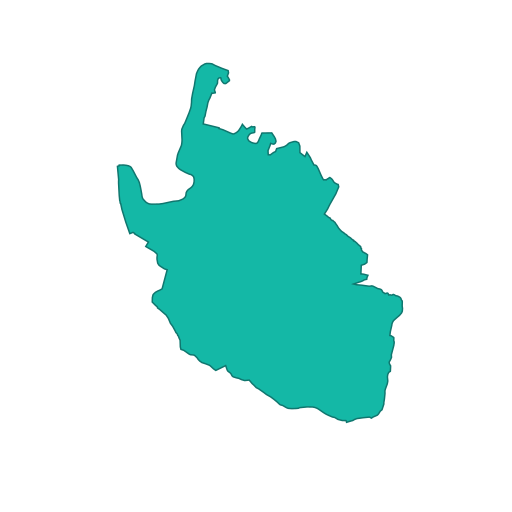 the district of Chetani, Mures, Romania, rotated 155°
{"feature_id": "2599482B57558176240382", "entity_name": "Chetani", "entity_type": "district", "adm_level": 2, "iso_a3": "ROU", "parent_name": "Romania", "parent_adm1": "Mures", "projection": "albers", "projection_center": [23.998, 46.485], "detail": "fine", "context": "isolated", "style": "filled", "palette": "teal", "viewbox_px": 512, "rotation_deg": 155, "n_neighbors": 0, "source": "geoboundaries", "source_scale": "gbopen_adm2", "svg_char_len": 6110}
<svg xmlns="http://www.w3.org/2000/svg" viewBox="0 0 512 512"><g transform="rotate(155 256 256)"><path d="M298.2,338.5L302.7,338.7L307.8,340.5L318.3,342.9L322.1,344.1L328.7,347.1L330.7,348.3L332.0,349.7L333.1,351.5L334.2,355.0L334.4,356.1L334.1,358.2L333.4,360.4L332.3,364.6L331.4,368.2L330.7,371.9L330.6,374.6L331.0,377.9L331.3,385.0L331.7,389.1L332.3,390.3L333.5,391.7L335.1,392.9L337.5,394.4L341.6,396.2L341.9,395.6L343.7,395.8L348.4,382.7L348.7,382.4L349.8,380.0L354.4,368.6L356.1,363.8L356.1,363.2L356.7,361.3L356.7,361.1L356.5,360.8L356.5,360.6L357.8,355.0L358.2,352.3L359.7,341.6L360.9,329.6L357.5,329.4L356.4,327.7L356.6,327.3L356.5,327.1L347.6,314.1L351.9,311.2L346.4,303.3L344.9,299.8L345.0,298.7L346.3,296.6L347.1,294.9L348.1,291.1L348.0,289.8L347.8,288.6L346.9,286.9L345.9,285.4L345.0,283.9L344.3,282.9L342.3,281.1L355.0,265.9L358.1,265.7L359.5,265.8L362.5,265.6L364.9,264.8L365.8,264.3L367.5,262.1L369.5,258.1L367.9,253.6L367.0,251.8L367.0,251.3L367.2,250.6L366.6,249.5L365.9,248.3L363.1,241.9L362.5,240.8L361.9,237.3L361.8,236.2L362.0,231.1L361.4,228.4L361.2,227.0L360.9,222.2L360.9,220.3L360.6,219.8L360.3,218.4L360.5,217.2L360.2,216.4L360.4,213.8L360.4,211.7L363.0,205.6L363.5,203.1L361.3,201.0L358.1,195.4L357.2,194.3L354.8,192.9L354.0,192.3L353.5,191.5L352.4,188.7L352.1,186.7L351.4,184.6L350.1,182.3L347.3,179.7L344.6,176.9L343.9,175.9L342.2,171.7L340.8,169.3L329.8,169.5L330.3,164.9L330.2,163.7L329.6,162.4L329.0,161.4L328.5,160.1L328.4,158.5L328.3,157.3L327.7,156.1L325.3,153.9L323.2,152.3L321.5,150.2L318.9,147.9L314.6,146.4L313.4,142.0L312.5,139.9L311.4,136.6L309.7,134.4L306.6,129.0L305.1,126.1L302.3,122.2L300.5,118.9L298.5,114.7L297.5,112.1L296.9,110.9L295.0,109.3L293.0,106.4L292.0,105.1L291.0,104.2L288.0,102.5L283.7,100.7L281.9,100.1L280.7,100.1L280.2,100.0L273.4,97.6L268.5,95.2L266.8,94.0L265.2,92.4L264.1,90.9L260.9,85.4L259.3,83.0L257.4,80.7L254.8,77.8L252.9,76.4L250.8,73.3L249.0,71.8L247.3,70.4L245.0,69.3L244.0,68.8L243.9,68.4L244.2,67.0L239.4,66.3L237.9,66.0L235.7,66.2L233.2,66.0L227.1,64.1L221.4,62.1L220.8,61.6L220.0,60.3L217.6,60.6L215.0,60.5L213.2,60.5L211.7,61.1L208.9,62.9L206.8,63.4L202.6,67.9L202.3,68.8L201.9,69.4L200.0,72.2L197.2,76.9L196.1,79.4L194.8,80.9L191.1,84.6L189.7,86.5L189.2,87.5L188.0,90.9L186.7,92.9L185.3,94.1L184.6,94.5L183.0,94.7L182.8,95.0L181.1,98.2L180.4,99.6L180.6,101.3L180.5,102.6L180.2,103.4L180.1,103.6L178.0,105.1L176.0,106.9L175.2,109.0L174.9,109.5L169.0,116.6L167.6,118.7L167.1,119.7L166.9,121.1L165.7,123.5L165.6,123.9L165.8,124.3L167.4,126.8L168.3,127.4L166.1,130.8L162.3,135.7L161.3,137.2L159.9,138.5L158.8,139.2L157.8,139.6L154.5,140.6L150.9,141.6L148.1,142.9L147.3,143.6L146.7,144.2L145.4,146.5L144.6,149.0L142.8,152.6L142.5,153.5L142.8,154.8L142.6,156.3L142.7,156.9L143.1,157.9L144.5,159.8L146.3,161.1L146.8,162.1L147.9,163.2L149.1,163.1L149.7,163.2L150.5,163.9L151.3,164.3L151.7,164.4L152.2,164.6L152.1,165.7L152.3,166.6L152.8,167.0L154.2,167.2L155.0,167.4L155.3,168.1L156.2,169.3L156.4,170.0L156.4,171.5L156.6,172.3L157.0,173.0L157.8,173.8L159.5,175.1L160.7,176.7L162.7,179.2L163.7,180.0L165.8,180.6L166.7,181.1L172.4,184.8L177.1,187.5L179.4,189.4L173.8,188.8L172.0,188.5L170.0,188.4L167.8,188.6L165.5,188.1L164.6,189.5L162.7,191.2L166.1,194.0L168.5,195.5L164.5,203.1L161.0,202.7L158.3,203.2L158.1,203.4L156.9,205.7L154.4,209.9L155.6,212.2L156.4,212.9L156.6,213.5L157.5,214.5L157.5,215.3L157.9,216.2L157.9,216.8L157.3,218.1L157.7,219.0L157.2,219.7L157.3,220.6L158.6,223.3L159.0,224.7L160.1,227.2L160.6,228.0L160.9,228.0L161.1,228.3L161.2,228.6L160.9,229.0L162.2,231.0L162.6,232.3L164.5,235.3L165.0,237.0L166.3,238.9L166.5,239.7L168.0,242.1L168.8,244.4L169.4,246.6L169.6,249.0L170.2,252.3L170.2,253.0L171.1,254.8L171.4,255.8L172.1,256.1L172.7,257.3L172.8,259.1L173.9,260.3L174.5,261.8L176.3,265.1L171.2,268.4L167.5,271.4L157.4,278.6L151.8,283.7L151.3,286.1L152.3,287.0L153.9,289.3L154.2,290.3L154.5,292.8L154.9,294.1L155.9,295.9L156.4,296.0L157.9,295.6L158.7,295.7L160.1,295.3L160.4,295.3L161.2,296.0L162.2,296.2L162.6,296.5L162.8,297.9L162.9,301.6L162.7,308.7L162.9,311.6L163.1,312.4L163.6,313.1L165.0,314.0L165.3,319.8L165.2,322.1L166.1,328.5L169.6,325.4L172.5,331.1L169.8,337.1L169.5,340.6L171.4,342.9L173.2,343.7L177.1,344.3L178.6,344.3L179.7,344.0L181.1,343.5L183.0,343.2L184.7,343.2L191.9,344.6L194.1,342.4L196.5,342.4L200.3,341.6L202.1,342.6L200.6,346.4L196.6,350.2L195.1,351.9L193.9,350.7L192.5,349.8L190.7,350.2L189.4,351.5L188.9,353.9L189.0,356.3L189.7,360.9L198.6,364.9L198.9,364.8L199.9,363.7L203.3,360.9L205.0,359.3L206.5,358.2L207.3,357.9L208.4,358.0L209.4,358.5L211.2,359.9L212.2,360.9L213.7,363.1L214.1,365.5L213.7,366.5L213.0,367.5L211.1,368.7L209.4,369.3L207.8,369.2L206.9,368.9L205.2,368.6L204.8,368.8L203.7,371.2L202.6,373.0L202.5,373.4L202.7,373.8L204.4,374.4L204.8,374.7L205.2,375.3L209.3,375.0L210.9,375.1L211.8,377.8L212.7,381.1L213.5,380.4L215.5,379.0L218.9,376.9L220.5,376.4L221.8,376.1L224.5,376.0L225.5,376.5L226.9,377.9L232.6,384.4L235.7,387.2L235.3,387.8L248.0,398.0L244.7,403.1L243.1,404.3L240.3,408.2L237.4,411.7L234.8,415.3L232.7,417.4L231.3,418.4L227.1,422.3L226.5,421.8L224.0,421.1L223.7,421.6L223.7,422.9L223.3,424.4L221.3,426.3L218.3,428.5L217.8,429.0L216.7,431.2L216.0,432.1L215.3,432.7L214.2,433.0L213.0,432.7L212.6,432.2L213.1,430.5L213.1,429.4L212.7,427.3L212.1,425.9L211.0,425.2L210.3,425.1L206.9,425.9L206.0,426.1L205.6,426.9L205.8,429.8L206.0,431.1L203.5,433.6L202.9,435.8L207.5,440.4L212.5,445.9L214.7,448.8L216.6,450.0L219.2,451.3L221.1,451.7L225.3,451.3L227.1,450.6L229.1,449.6L230.9,448.2L232.9,446.4L237.3,440.3L239.9,436.4L244.7,430.2L248.0,425.5L249.5,422.5L251.4,419.3L252.7,417.6L256.2,414.0L262.9,407.8L264.7,406.2L266.5,405.1L269.6,402.3L270.6,400.7L274.0,392.4L275.0,390.5L276.3,388.5L277.0,387.6L282.9,382.3L284.5,380.6L289.0,374.2L289.5,373.2L289.8,371.7L289.8,370.7L289.0,368.0L288.0,366.1L284.7,361.6L281.9,358.4L280.3,357.1L279.6,355.7L279.1,354.5L279.2,353.3L279.6,351.7L280.8,349.3L282.5,347.2L284.0,346.2L285.1,345.7L286.5,345.3L289.4,344.8L291.3,343.9L292.5,342.9L294.2,340.2L295.8,339.1L298.2,338.5Z" fill="#14b8a6" stroke="#0f766e" stroke-width="1.5"/></g></svg>